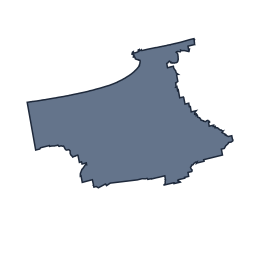 outline of Noosa, Queensland, Australia, rotated 249°
{"feature_id": "25037944B90533392045393", "entity_name": "Noosa", "entity_type": "district", "adm_level": 2, "iso_a3": "AUS", "parent_name": "Australia", "parent_adm1": "Queensland", "projection": "equal_earth", "projection_center": [153.049, -26.318], "detail": "fine", "context": "isolated", "style": "filled", "palette": "slate", "viewbox_px": 256, "rotation_deg": 249, "n_neighbors": 0, "source": "geoboundaries", "source_scale": "gbopen_adm2", "svg_char_len": 5669}
<svg xmlns="http://www.w3.org/2000/svg" viewBox="0 0 256 256"><g transform="rotate(249 128 128)"><path d="M68.9,206.5L74.8,207.6L74.4,210.6L76.4,212.9L77.2,215.1L77.7,216.1L78.4,216.6L77.9,219.5L78.2,220.2L78.3,221.0L78.6,221.4L79.7,221.7L80.2,221.5L83.6,222.1L84.1,218.6L86.7,216.2L86.8,216.2L87.0,216.8L90.1,214.1L91.0,215.5L91.0,215.3L91.6,215.1L92.2,214.5L92.7,214.4L92.9,214.1L92.8,213.7L93.8,212.8L94.2,212.7L94.9,212.2L95.1,212.3L96.2,211.5L96.3,210.9L96.9,210.4L96.8,210.1L97.1,209.3L98.3,210.0L98.9,208.0L99.2,208.1L99.1,208.4L99.2,208.5L100.0,209.0L100.6,204.5L104.0,205.1L104.2,206.3L104.9,206.4L104.9,205.9L106.5,205.3L106.6,204.3L106.2,202.8L106.3,202.4L106.9,201.7L107.2,201.0L107.7,201.0L108.8,199.5L109.0,199.0L110.1,199.0L111.2,198.7L111.5,198.4L111.9,198.5L113.2,196.9L113.6,196.9L114.0,197.2L115.2,197.3L115.2,196.1L116.7,196.8L116.9,195.1L117.3,195.2L117.7,195.7L117.9,195.6L118.6,196.1L119.0,196.9L119.5,197.2L119.5,197.4L119.7,197.8L120.4,192.8L125.7,193.9L125.8,193.3L125.9,192.9L129.4,193.6L129.9,189.8L136.9,191.0L137.0,191.4L137.7,187.1L145.6,188.6L145.2,187.7L149.0,188.5L148.8,188.0L149.0,187.2L149.5,187.8L152.2,188.4L152.3,188.6L153.1,188.7L153.1,189.4L153.6,191.2L160.1,192.4L160.4,193.5L160.2,194.0L162.0,192.8L163.2,192.8L164.1,193.0L167.4,192.1L169.4,192.5L169.8,189.6L169.7,189.6L170.1,186.5L174.4,187.3L174.5,187.7L174.5,188.5L175.3,189.6L175.6,190.5L175.5,190.8L175.0,190.9L174.7,191.1L174.3,191.1L174.2,191.3L174.1,191.1L173.9,191.1L173.5,191.4L173.1,191.9L173.0,192.7L172.7,192.8L172.6,193.0L172.5,193.6L172.0,194.6L171.8,195.7L171.7,195.8L171.6,195.7L171.8,195.9L171.7,196.4L171.8,197.4L172.2,198.1L173.1,198.9L173.4,199.0L173.6,199.0L173.9,199.4L174.3,199.6L175.4,199.9L175.5,199.9L176.0,200.1L176.8,200.4L177.4,200.5L178.4,200.8L179.2,200.9L180.0,200.8L181.1,200.4L181.5,200.1L181.8,200.6L181.7,201.8L180.4,204.1L181.2,205.0L181.8,205.1L180.9,206.0L180.1,208.4L177.6,212.1L177.9,212.3L177.8,212.5L179.1,213.3L179.1,213.2L179.6,213.5L179.6,212.7L182.9,213.3L182.1,219.8L182.0,220.1L182.3,220.1L182.6,220.1L183.3,220.5L185.5,221.0L185.9,221.1L186.5,221.7L186.7,221.8L187.0,221.4L187.1,221.5L187.8,221.6L188.4,217.2L189.2,207.9L189.8,203.5L189.9,203.0L189.8,202.7L190.0,202.4L190.6,197.9L190.6,197.3L190.5,197.1L190.7,196.9L191.0,195.4L191.1,195.1L191.2,193.4L191.7,190.8L191.6,190.6L191.7,190.3L191.9,189.8L192.1,188.1L192.3,187.3L192.8,183.8L193.1,182.9L193.5,180.5L194.5,174.5L195.2,169.5L195.5,168.4L195.6,168.2L196.2,168.4L196.1,168.0L196.3,168.0L196.0,167.9L196.1,167.5L196.2,167.3L196.2,167.1L196.1,166.9L196.1,166.6L196.9,166.7L197.0,166.7L196.7,166.3L196.8,166.3L196.8,166.1L197.1,166.2L197.3,165.7L197.2,165.6L197.0,165.8L196.7,165.7L196.4,165.5L196.4,165.4L196.3,165.2L196.1,165.1L195.9,165.1L195.7,165.2L195.5,164.1L195.6,161.9L195.8,160.8L196.0,160.2L196.2,160.3L196.5,160.0L197.0,160.2L196.8,159.8L197.1,160.0L197.3,159.7L197.2,159.4L195.6,158.2L195.5,158.4L195.4,158.7L195.0,158.8L194.9,158.9L194.7,159.0L194.5,159.5L194.1,159.7L193.6,159.5L193.1,159.0L193.1,158.9L192.8,158.7L192.5,158.5L192.3,158.6L192.3,158.8L192.2,158.7L192.0,159.5L191.8,159.7L191.4,159.8L190.8,159.7L189.8,159.7L189.7,159.9L189.3,160.3L188.8,160.9L188.3,161.4L188.2,161.9L188.0,162.3L187.9,162.4L187.4,162.4L187.2,162.9L186.9,163.4L186.1,163.3L185.1,162.9L184.4,162.3L184.4,162.0L184.4,161.9L184.3,162.3L183.9,162.2L182.1,160.6L181.9,160.8L180.8,158.9L180.0,157.5L179.3,155.9L179.0,155.1L178.4,153.9L177.3,150.7L176.5,147.5L176.4,147.2L176.3,146.2L175.8,143.8L175.5,142.8L175.6,142.6L175.2,140.0L175.1,139.7L175.1,139.2L174.8,135.5L174.7,134.6L174.5,134.4L174.6,134.1L174.5,131.0L174.5,125.4L174.7,123.6L175.2,116.3L175.7,112.1L175.9,109.0L176.1,107.5L176.4,105.8L176.5,103.9L177.0,100.4L178.0,94.3L178.0,93.9L178.8,89.4L179.4,85.3L179.5,85.2L179.5,84.7L179.7,83.3L180.0,82.0L180.1,81.6L180.4,79.5L181.7,73.4L181.7,73.1L181.9,72.3L181.9,71.7L182.4,69.7L183.7,63.1L183.8,62.7L184.2,60.3L184.5,59.7L184.5,59.3L184.7,58.3L184.7,58.1L184.9,57.9L184.8,57.7L184.9,57.3L185.9,52.5L186.7,49.3L187.1,48.0L187.1,47.4L187.5,46.1L187.6,45.4L187.8,44.6L187.8,44.3L188.1,43.1L140.5,33.9L140.0,38.1L140.9,39.2L139.8,48.3L138.9,48.2L138.6,50.0L138.0,51.9L137.6,52.8L137.5,53.4L137.5,54.0L137.2,55.2L137.2,56.4L137.0,56.5L135.7,56.9L135.5,57.1L135.4,59.1L135.2,59.5L134.7,59.9L134.5,60.2L134.4,61.0L134.1,61.4L130.4,61.9L130.0,62.1L129.5,62.5L129.3,63.0L129.1,64.8L129.0,65.0L127.4,65.8L125.0,64.9L123.2,65.0L122.1,65.6L121.2,65.8L120.6,66.0L120.8,66.9L120.7,67.9L120.8,68.4L120.6,68.8L120.9,69.3L120.7,70.0L120.8,70.3L120.7,70.7L120.7,71.4L120.5,71.5L113.3,70.3L113.1,72.5L110.8,72.2L110.4,76.6L108.5,76.2L109.0,75.2L106.1,70.9L106.0,70.3L102.7,67.3L101.2,66.6L100.1,66.2L100.2,67.0L93.6,65.8L92.5,76.2L87.4,75.4L86.9,75.0L86.7,75.2L85.0,75.0L84.8,77.3L82.8,78.9L83.8,86.8L83.2,87.2L82.8,87.1L81.9,87.3L82.9,91.7L76.2,118.2L75.6,123.0L74.3,126.1L74.1,127.8L72.9,128.1L72.4,131.5L72.0,131.5L71.2,137.9L71.1,138.0L70.2,145.2L66.5,144.5L66.5,144.3L66.2,144.4L65.7,144.2L65.3,143.8L64.4,143.4L63.7,143.2L62.9,142.8L62.7,142.6L62.3,142.3L62.2,141.4L61.8,141.3L60.5,151.1L60.4,151.3L59.9,150.9L59.6,150.9L58.7,157.5L59.2,157.3L59.3,157.1L59.2,156.5L59.6,156.1L60.0,156.4L60.3,156.2L60.8,156.3L61.0,155.8L61.0,155.7L60.9,155.6L60.7,155.8L60.4,155.7L61.0,155.5L61.5,156.0L61.7,156.3L60.8,163.0L61.6,163.1L61.1,167.3L65.0,168.1L64.5,171.8L64.8,172.3L65.9,172.8L66.4,172.5L67.5,172.2L69.0,172.3L69.7,173.5L70.6,174.1L70.5,174.6L70.3,175.0L70.6,175.9L71.2,176.6L71.4,177.1L71.6,178.2L71.9,178.7L71.6,179.0L71.6,179.6L71.7,180.4L70.9,179.7L70.5,179.4L70.6,179.8L69.7,187.1L70.5,187.3L71.3,187.3L68.9,206.5Z" fill="#64748b" stroke="#1e293b" stroke-width="1.5"/></g></svg>